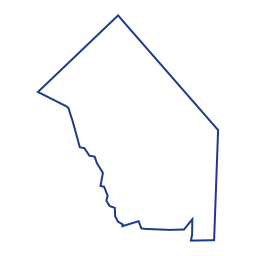 Jackson, Texas, United States of America (Equal Earth projection)
{"feature_id": "52423323B84486994162427", "entity_name": "Jackson", "entity_type": "district", "adm_level": 2, "iso_a3": "USA", "parent_name": "United States of America", "parent_adm1": "Texas", "projection": "equal_earth", "projection_center": [-96.65, 28.969], "detail": "fine", "context": "isolated", "style": "outline", "palette": "blue", "viewbox_px": 256, "rotation_deg": 0, "n_neighbors": 0, "source": "geoboundaries", "source_scale": "gbopen_adm2", "svg_char_len": 509}
<svg xmlns="http://www.w3.org/2000/svg" viewBox="0 0 256 256"><path d="M37.9,92.0L66.5,106.4L68.4,108.0L72.8,121.7L79.8,147.2L84.4,148.2L89.4,155.7L94.7,156.7L96.9,163.1L102.9,172.9L100.5,186.0L104.1,186.7L107.6,195.6L106.4,200.8L109.7,206.1L114.8,207.8L115.2,216.4L117.9,221.6L122.7,224.4L122.4,226.2L138.6,221.2L141.3,228.4L145.5,228.9L169.8,229.9L184.0,229.5L192.3,219.3L192.1,234.7L190.9,240.6L214.1,240.2L218.1,130.1L123.3,21.5L118.1,15.4L37.9,92.0Z" fill="none" stroke="#1e3a8a" stroke-width="2"/></svg>